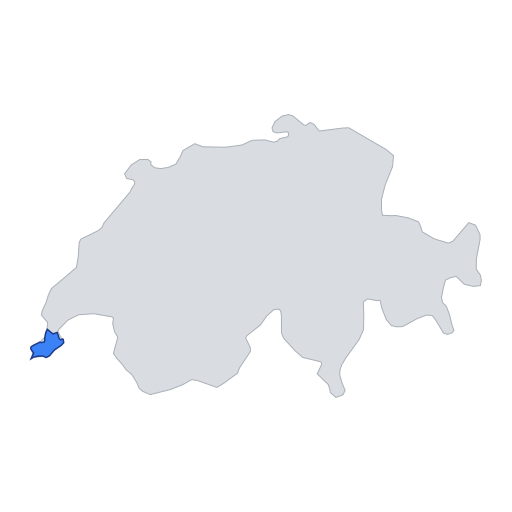 Genève on a map of Switzerland (Albers equal-area conic projection)
{"feature_id": "CHE-159", "entity_name": "Genève", "entity_type": "Canton", "adm_level": 1, "iso_a3": "CHE", "parent_name": "Switzerland", "parent_adm1": "", "projection": "albers", "projection_center": [6.105, 46.231], "detail": "fine", "context": "in_parent", "style": "filled", "palette": "blue", "viewbox_px": 512, "rotation_deg": 0, "n_neighbors": 0, "source": "natural_earth", "source_scale": "10m", "svg_char_len": 2862}
<svg xmlns="http://www.w3.org/2000/svg" viewBox="0 0 512 512"><path d="M383.2,147.8L386.3,149.6L393.6,155.7L392.5,166.8L385.2,184.8L381.5,199.3L381.5,210.3L382.5,215.4L384.0,215.3L391.8,215.7L395.7,215.5L408.3,217.9L418.5,221.8L420.6,226.3L422.2,231.8L434.4,238.9L448.3,243.1L452.8,241.3L468.8,222.6L475.5,225.2L480.0,234.5L480.1,239.5L476.4,258.7L476.2,269.0L480.6,275.5L481.3,280.7L480.4,285.6L473.6,286.4L464.3,284.3L456.2,276.4L450.5,277.7L445.5,280.1L443.3,288.0L441.5,297.4L442.5,302.5L446.3,306.3L449.5,314.6L452.1,325.4L453.9,330.3L452.3,332.7L447.6,334.4L443.5,333.1L435.9,320.4L432.4,315.6L426.8,315.0L417.2,318.6L402.6,326.6L396.6,326.8L391.4,325.6L386.3,319.6L381.7,307.8L380.1,300.3L377.3,300.7L367.6,298.9L363.3,302.0L363.8,314.3L363.5,329.6L359.1,339.6L346.3,357.2L341.7,364.8L339.9,370.2L339.7,374.9L342.0,382.8L345.1,390.4L342.9,394.9L335.9,397.4L330.7,392.9L328.4,384.7L317.2,373.8L321.8,364.1L320.9,361.8L302.8,357.5L294.9,350.6L283.7,338.3L281.5,333.0L281.4,315.5L280.7,311.2L279.2,309.2L274.0,309.5L266.9,315.8L260.4,325.0L246.9,335.7L245.6,337.9L250.4,347.8L250.3,351.7L239.5,367.9L237.5,373.2L223.4,383.5L216.9,387.4L197.0,380.4L191.5,379.7L182.7,384.7L170.2,389.6L150.1,394.6L142.6,391.3L139.0,388.1L137.2,383.3L132.0,374.8L126.2,369.8L122.2,364.4L116.9,358.4L113.4,353.4L117.8,337.2L114.5,331.6L112.7,323.6L113.5,318.1L111.7,316.8L93.6,313.7L78.5,314.8L67.8,320.2L59.0,329.2L57.9,331.1L58.5,332.7L62.9,340.9L55.5,349.6L44.0,356.3L36.0,357.0L32.4,355.7L32.3,346.4L38.9,343.0L45.0,337.0L47.0,328.4L47.7,322.5L41.4,315.2L42.2,310.8L46.1,302.4L48.4,294.9L51.5,288.5L64.0,278.0L76.5,267.3L78.3,256.1L79.2,242.4L80.9,239.1L97.7,230.9L101.9,227.6L104.0,222.9L117.0,207.5L129.9,192.2L132.5,187.1L134.6,184.1L134.6,181.6L132.9,179.7L126.7,178.5L124.6,173.7L131.2,165.0L139.6,159.6L147.7,159.4L151.0,161.8L150.9,164.7L154.5,167.7L160.7,168.6L168.3,167.4L175.9,164.1L180.4,156.4L183.0,150.5L194.8,143.7L203.0,146.8L225.6,147.2L242.0,145.0L252.1,140.3L264.9,139.9L273.5,142.2L275.0,141.8L277.4,141.1L279.6,138.7L287.7,136.8L288.7,134.7L288.3,132.7L286.8,131.7L276.9,133.0L273.1,131.6L272.0,127.9L275.0,121.5L282.1,116.1L288.3,114.6L292.7,115.8L303.9,125.1L306.5,125.3L308.0,123.6L310.2,122.5L314.0,124.3L318.4,130.1L319.2,131.0L343.3,128.0L348.8,127.8L365.6,137.6L383.2,147.8Z" fill="#d9dde1" stroke="#a8b0b8" stroke-width="1"/><path d="M41.6,342.5L42.1,342.5L44.4,341.8L44.8,340.8L44.7,339.5L44.8,337.9L45.5,333.7L45.8,332.6L47.3,329.3L48.3,330.1L52.9,333.9L57.2,332.5L57.3,333.1L58.3,335.6L58.3,336.2L59.3,338.6L59.7,339.2L60.8,339.8L62.5,339.0L63.2,339.3L63.7,342.7L61.1,345.5L54.6,349.8L49.5,355.8L46.2,357.5L42.8,356.0L38.1,356.2L33.5,357.2L31.1,358.7L32.5,355.5L33.2,354.1L33.6,352.8L31.8,350.6L30.7,348.6L31.1,346.8L33.6,345.2L39.6,342.3L39.8,342.2L40.0,342.2L40.9,342.5L41.6,342.5Z" fill="#3b82f6" stroke="#1e3a8a" stroke-width="1.5"/></svg>